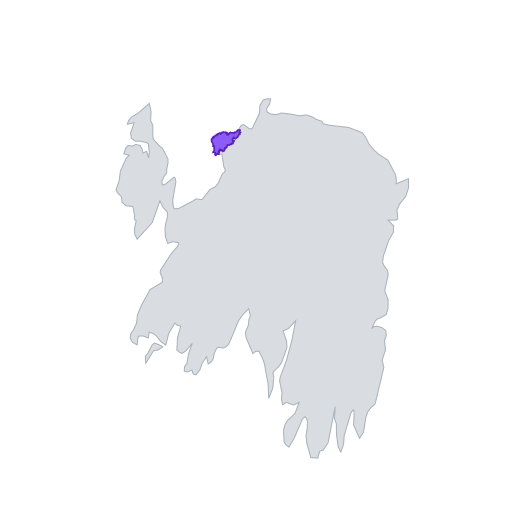 Monaghan Lea-7, Monaghan, Ireland (highlighted), rotated 296°
{"feature_id": "5873133B95060557510976", "entity_name": "Monaghan Lea-7", "entity_type": "district", "adm_level": 2, "iso_a3": "IRL", "parent_name": "Ireland", "parent_adm1": "Monaghan", "projection": "equal_earth", "projection_center": [-6.973, 54.288], "detail": "fine", "context": "in_parent", "style": "filled", "palette": "violet", "viewbox_px": 512, "rotation_deg": 296, "n_neighbors": 0, "source": "geoboundaries", "source_scale": "gbopen_adm2", "svg_char_len": 8553}
<svg xmlns="http://www.w3.org/2000/svg" viewBox="0 0 512 512"><g transform="rotate(296 256 256)"><path d="M328.3,105.9L317.1,111.5L315.4,113.7L312.2,122.2L311.8,124.7L304.8,134.2L300.8,136.2L294.9,137.7L291.5,139.3L287.3,138.5L282.0,138.6L279.3,140.3L279.4,141.7L281.0,143.2L290.9,147.6L290.3,149.4L287.5,151.5L269.7,156.7L264.4,159.8L262.6,161.8L264.4,165.3L278.5,175.7L280.9,176.8L283.0,182.8L295.5,185.4L300.6,189.1L305.0,190.1L314.6,189.7L318.4,191.1L320.6,190.1L321.9,188.1L332.6,180.7L329.3,175.2L340.1,165.8L343.1,166.0L348.2,168.8L352.3,172.8L353.7,178.1L357.6,182.9L360.2,184.6L367.1,185.5L368.7,187.4L367.5,194.4L368.5,196.7L386.1,196.5L393.1,193.5L399.2,194.0L402.2,197.1L403.6,200.4L398.3,201.6L392.9,200.9L390.2,203.0L390.1,207.1L391.9,212.3L395.6,216.0L398.6,224.4L401.1,233.8L404.9,239.4L405.7,246.4L405.2,249.9L405.9,256.1L404.3,258.3L405.5,264.1L412.1,282.9L413.4,297.7L410.3,303.2L406.1,308.5L403.3,314.7L401.2,321.5L400.0,332.4L390.8,345.1L386.9,348.3L382.3,350.3L392.3,359.2L384.2,363.2L375.3,364.5L365.5,362.3L359.3,362.5L351.5,367.2L349.8,366.3L346.1,359.0L343.4,366.6L337.7,369.0L328.0,368.5L311.7,370.5L305.5,372.7L302.9,376.1L300.9,380.0L298.4,382.3L295.5,383.5L282.9,386.4L280.5,387.6L274.6,393.9L266.9,397.6L260.6,398.7L255.0,395.0L252.7,392.8L250.1,391.7L241.5,391.8L244.2,393.0L246.0,395.6L246.8,400.6L245.8,405.5L241.5,408.0L236.4,408.5L228.3,413.6L217.7,415.0L211.9,419.7L176.7,427.6L174.7,427.7L169.9,425.7L164.7,424.8L159.4,425.4L144.6,429.9L137.5,429.0L146.8,417.9L159.1,412.4L160.4,410.8L156.4,410.1L133.2,414.0L125.1,417.3L117.0,418.2L120.8,413.2L131.4,406.3L140.4,401.8L144.3,397.7L155.3,393.2L120.0,402.6L110.8,401.5L108.6,398.8L101.4,400.1L98.8,393.7L109.7,384.0L116.0,379.9L123.4,377.6L130.6,374.4L133.3,370.5L130.0,369.2L108.7,370.2L98.6,369.4L99.2,366.3L101.1,362.8L111.8,357.0L117.5,356.0L122.6,356.6L131.5,360.1L143.4,358.9L138.5,355.2L137.8,347.5L134.0,345.0L139.0,341.4L144.6,339.3L154.0,332.0L157.4,330.9L175.8,329.1L195.6,325.3L215.3,320.0L205.3,317.1L200.5,313.2L192.7,321.0L187.1,324.0L171.3,325.7L166.3,324.8L159.3,322.3L157.1,323.3L155.1,325.1L144.6,329.0L133.6,329.9L146.5,322.8L162.8,310.8L166.5,307.1L171.7,300.5L170.2,297.5L166.9,295.9L178.8,282.4L183.0,279.9L190.4,279.5L196.0,277.4L198.4,277.4L200.5,276.6L205.4,272.5L198.0,270.0L190.4,268.7L166.7,270.1L163.6,269.8L160.7,268.5L158.8,266.7L157.5,262.2L155.8,261.1L150.4,261.1L145.2,262.5L141.5,262.4L137.9,260.4L143.8,255.7L136.4,254.6L128.9,255.5L122.7,254.1L122.5,251.2L125.4,248.3L121.8,245.5L121.1,242.0L125.1,240.3L129.4,240.9L138.2,238.3L149.5,237.0L139.9,234.5L136.1,232.3L136.0,229.0L136.8,226.1L148.0,221.3L160.0,219.1L159.2,216.0L160.0,212.5L148.1,211.5L136.2,214.0L137.6,207.4L140.5,201.5L141.2,197.6L140.7,193.4L135.1,195.2L134.6,189.3L132.3,185.3L124.0,188.1L124.3,182.8L126.8,179.1L131.1,177.5L135.4,178.2L143.3,178.1L150.9,175.3L161.9,174.6L179.4,175.5L191.3,183.3L194.5,181.9L199.3,177.0L201.6,176.4L219.7,178.6L230.9,181.4L234.0,180.5L232.4,175.0L228.6,171.2L233.5,166.2L239.4,162.9L243.4,161.2L252.6,159.1L256.5,157.1L259.2,150.7L263.5,145.4L240.6,148.1L219.0,141.8L222.5,137.4L227.1,134.9L235.0,132.9L235.8,130.6L239.8,128.7L246.5,123.6L244.1,117.0L245.5,112.2L250.3,109.0L251.8,104.5L253.9,101.2L263.6,100.0L272.9,96.9L287.2,96.5L290.9,97.8L290.0,92.3L296.8,91.6L299.4,92.7L300.5,96.6L303.5,99.0L304.5,103.3L302.4,106.6L299.0,109.2L302.1,111.8L297.2,116.5L302.5,114.5L310.0,109.9L309.6,106.1L308.3,101.3L306.3,97.1L307.2,92.4L311.4,89.4L322.4,88.0L318.0,82.6L322.0,82.1L326.3,83.2L332.7,87.4L346.4,93.2L339.7,98.4L331.5,102.0L328.3,105.9ZM133.8,209.6L133.5,212.1L128.3,208.9L125.8,205.4L111.4,203.9L117.5,200.4L120.4,201.4L130.6,201.6L133.4,203.0L133.8,209.6Z" fill="#d9dde1" stroke="#a8b0b8" stroke-width="1"/><path d="M358.6,188.2L359.0,187.7L359.3,187.6L359.7,187.5L360.0,187.7L359.9,186.9L360.4,187.0L360.7,186.8L361.0,186.6L361.4,186.9L361.5,186.9L362.1,186.7L362.3,186.4L362.2,185.8L361.8,185.6L361.7,185.2L361.4,185.0L361.3,184.6L361.0,184.3L360.2,184.3L360.1,184.1L359.6,184.3L359.5,184.2L358.9,183.7L358.5,183.4L358.2,183.4L358.1,183.2L357.8,183.0L357.7,182.7L357.8,182.5L357.8,182.3L357.2,182.0L356.7,182.2L356.8,181.8L356.4,181.3L356.4,181.0L356.5,180.8L356.2,180.6L356.1,180.3L356.0,180.2L355.8,180.0L355.8,179.3L355.7,179.1L355.9,178.9L355.5,178.7L355.3,178.5L355.2,178.3L355.0,178.2L354.9,178.4L354.7,178.3L354.2,178.4L354.1,178.1L353.7,178.1L353.4,178.0L353.2,178.0L353.2,177.7L352.9,177.5L352.8,177.4L352.3,177.3L352.3,177.2L352.5,176.9L352.3,176.7L352.5,176.6L352.7,176.4L352.9,176.5L353.0,176.6L353.0,176.9L353.5,177.0L353.7,176.8L353.5,176.5L353.6,176.4L354.0,176.2L354.1,175.8L354.2,175.7L354.0,175.2L353.6,175.0L353.8,174.8L353.6,174.7L353.8,174.5L353.7,174.4L353.8,174.3L353.8,174.2L353.3,174.0L353.3,173.3L353.3,173.2L353.2,173.0L353.3,172.7L353.1,172.7L352.9,172.4L352.7,172.3L352.6,172.0L352.5,171.9L352.5,171.7L352.4,171.6L352.4,171.3L351.9,171.3L351.8,171.2L351.7,171.3L351.6,171.0L351.2,170.8L350.9,170.9L350.7,171.0L350.3,170.9L350.2,170.8L350.3,170.7L350.4,170.3L350.3,170.1L350.5,170.0L350.4,169.9L350.3,170.0L350.2,170.0L350.0,169.6L350.0,169.4L350.2,169.5L350.3,169.2L349.9,169.0L350.0,169.0L349.9,168.9L349.6,168.6L349.1,168.4L349.2,168.5L348.9,168.7L348.6,168.7L348.4,168.5L348.4,168.3L348.7,168.3L348.7,168.2L348.9,168.2L349.0,168.1L348.8,168.0L348.4,167.9L348.0,168.0L348.0,167.9L347.9,167.9L347.5,167.7L347.6,167.3L347.3,167.4L346.5,167.2L346.5,166.7L346.0,166.4L345.4,166.5L345.2,166.4L345.3,166.2L345.0,165.9L344.9,165.7L344.5,165.8L344.4,165.7L344.4,165.9L344.5,165.8L344.1,166.1L343.9,166.1L343.6,166.0L343.6,165.9L343.6,165.6L343.6,165.4L343.3,165.4L343.2,165.2L342.9,165.2L342.7,165.2L342.8,165.1L342.7,165.1L342.6,165.3L342.3,165.1L342.1,165.0L341.8,164.9L341.6,164.7L340.9,165.0L340.6,165.2L339.8,165.5L339.7,165.7L339.7,165.9L339.4,166.1L339.1,166.6L338.7,167.0L338.5,167.3L338.5,167.6L338.3,167.8L337.7,168.2L337.6,168.3L337.2,168.8L336.6,169.0L336.1,169.4L335.9,169.3L335.9,169.6L336.4,170.0L336.3,170.4L335.9,170.5L335.7,170.7L335.4,170.7L335.2,170.8L334.9,170.9L334.8,171.0L334.6,171.3L334.0,171.4L333.7,171.6L333.6,171.9L333.3,171.9L332.8,172.2L332.6,172.3L332.2,172.1L331.8,172.2L330.8,171.8L330.6,171.9L330.3,172.0L330.8,172.5L330.8,172.8L330.8,173.1L330.9,173.6L331.0,173.9L330.9,174.1L330.9,174.5L330.7,174.5L330.6,174.4L330.3,174.4L330.1,174.3L329.9,174.4L329.6,174.4L329.6,174.6L329.4,174.7L329.3,174.8L329.0,174.9L328.9,175.1L328.6,175.4L329.0,175.9L329.3,175.8L330.3,176.2L330.5,176.5L330.8,176.4L330.8,176.5L331.4,176.6L331.5,176.8L331.4,176.9L331.3,177.2L331.0,177.3L330.9,177.5L331.0,177.8L331.1,178.0L331.3,177.8L331.6,177.8L331.7,177.7L331.9,177.8L332.1,177.6L332.3,177.6L332.6,177.4L332.9,177.5L333.2,177.5L333.8,177.4L333.7,177.1L333.7,176.9L333.5,176.5L333.9,176.3L334.1,176.3L334.5,176.3L334.8,176.5L335.1,176.5L335.3,176.6L336.0,176.7L336.0,176.9L335.3,177.3L335.8,177.7L336.3,177.8L336.3,178.0L336.4,178.3L336.1,178.4L335.6,178.3L335.4,178.4L335.4,178.6L335.5,178.9L335.7,179.1L335.8,179.1L336.0,179.0L336.4,179.1L336.3,179.3L336.0,179.7L336.1,179.9L336.0,180.0L335.8,180.1L335.5,180.4L336.1,180.7L336.1,180.8L336.3,181.2L336.9,181.1L337.0,181.1L337.5,181.3L338.0,181.0L338.6,181.1L338.8,181.3L339.1,181.1L338.8,181.0L338.7,180.8L338.9,180.5L339.4,180.6L339.6,180.6L340.0,180.9L339.9,181.1L340.0,181.1L339.9,181.5L340.2,181.6L340.3,181.6L340.2,181.7L340.3,182.0L340.5,182.0L340.6,181.9L340.9,182.1L342.1,181.9L341.8,181.6L342.2,181.6L342.7,181.6L343.2,181.5L343.2,181.8L343.0,182.1L343.7,182.3L343.7,182.5L343.8,182.7L343.8,182.9L344.1,183.1L344.1,183.3L344.3,183.4L344.2,183.7L344.3,183.7L344.8,183.6L345.2,183.8L345.2,184.2L345.8,184.6L346.0,184.8L346.0,185.0L345.9,185.1L346.2,185.2L346.3,185.3L346.8,185.0L346.9,185.5L346.7,185.7L346.8,186.0L347.8,185.9L347.8,185.7L348.5,185.8L348.6,185.7L348.7,185.8L349.0,185.8L349.2,186.0L349.7,185.9L349.9,185.9L349.8,185.7L349.9,185.4L349.7,185.1L349.3,185.0L349.4,184.8L349.2,184.5L349.5,184.3L350.0,184.2L350.2,183.7L350.8,183.5L351.2,183.7L351.7,183.7L351.9,183.7L352.0,183.9L351.7,184.2L352.0,184.4L352.3,184.4L352.5,184.3L352.4,184.5L352.4,184.8L352.4,185.0L352.5,185.0L352.3,185.4L352.4,185.6L352.4,185.8L352.2,185.9L352.3,186.2L352.9,186.4L353.5,186.7L353.8,186.7L353.9,186.9L354.1,187.0L354.5,186.9L354.8,187.4L355.0,187.5L355.2,187.4L355.5,187.4L355.5,187.2L355.8,187.3L356.0,187.3L356.5,187.4L356.6,187.6L356.9,187.6L357.3,187.5L357.6,187.3L357.7,187.1L357.8,187.1L358.0,187.2L358.1,187.4L358.4,187.7L358.4,187.8L358.3,188.0L358.6,188.2Z" fill="#8b5cf6" stroke="#5b21b6" stroke-width="1.5"/></g></svg>